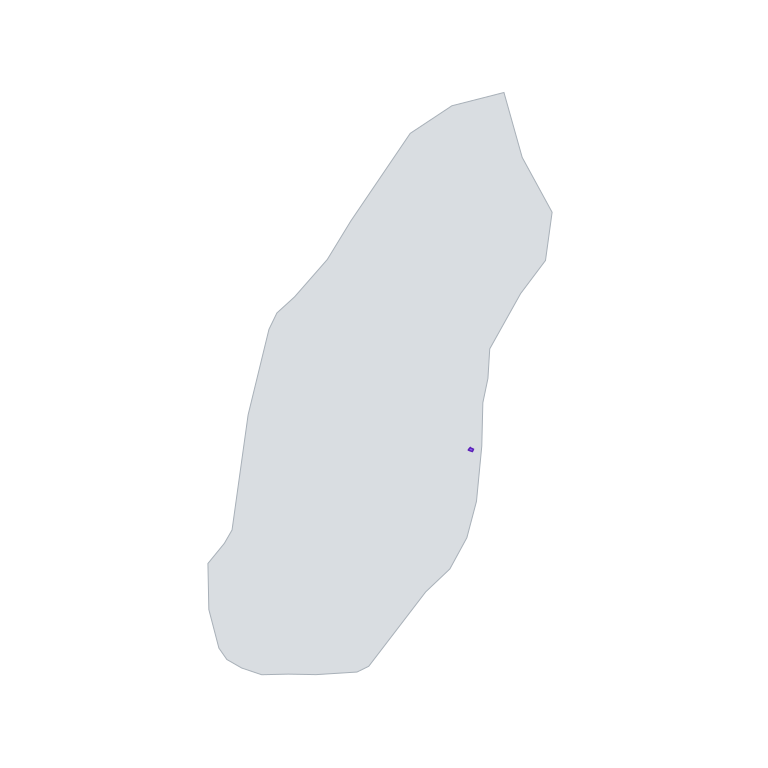 25, Ad Dawhah, Qatar (highlighted), rotated 18°
{"feature_id": "91078587B27846098888320", "entity_name": "25", "entity_type": "district", "adm_level": 2, "iso_a3": "QAT", "parent_name": "Qatar", "parent_adm1": "Ad Dawhah", "projection": "equal_earth", "projection_center": [51.531, 25.268], "detail": "fine", "context": "in_parent", "style": "filled", "palette": "violet", "viewbox_px": 768, "rotation_deg": 18, "n_neighbors": 0, "source": "geoboundaries", "source_scale": "gbopen_adm2", "svg_char_len": 854}
<svg xmlns="http://www.w3.org/2000/svg" viewBox="0 0 768 768"><g transform="rotate(18 384 384)"><path d="M409.2,681.4L382.6,689.5L357.5,698.3L336.5,698.1L319.7,694.6L308.6,686.2L287.1,652.6L272.0,609.1L281.4,584.9L284.6,569.8L264.3,455.3L257.7,367.5L260.2,349.5L272.0,328.8L291.6,283.1L302.1,239.1L331.5,137.5L362.6,98.4L408.0,69.7L445.4,125.8L490.8,168.7L499.4,216.6L486.0,255.7L473.7,317.9L481.1,346.5L483.8,371.3L496.2,412.9L508.2,467.0L510.3,504.6L503.8,539.5L487.9,568.8L456.7,657.2L447.3,666.3L409.2,681.4Z" fill="#d9dde1" stroke="#a8b0b8" stroke-width="1"/><path d="M489.2,418.4L488.0,418.2L486.4,418.1L485.8,417.7L485.7,417.8L485.4,418.3L485.1,419.1L484.8,419.8L484.6,420.7L484.8,420.8L486.4,420.9L488.3,420.9L488.9,420.9L489.0,420.5L489.1,419.7L489.2,419.3L489.2,418.4L489.2,418.4Z" fill="#8b5cf6" stroke="#5b21b6" stroke-width="1.5"/></g></svg>